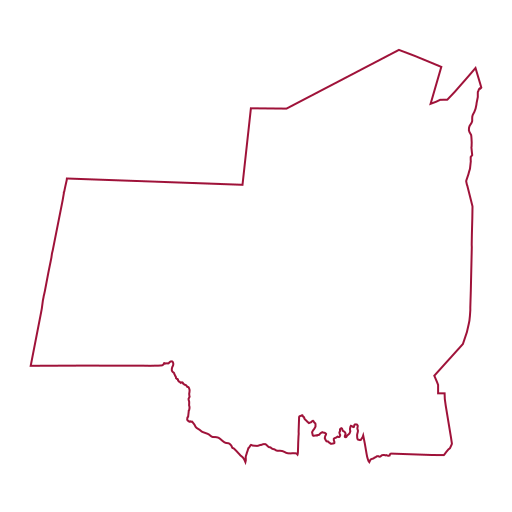 outline of Ganze, Coast, Kenya
{"feature_id": "3690345B60815732971252", "entity_name": "Ganze", "entity_type": "district", "adm_level": 2, "iso_a3": "KEN", "parent_name": "Kenya", "parent_adm1": "Coast", "projection": "equal_earth", "projection_center": [39.55, -3.436], "detail": "fine", "context": "isolated", "style": "outline", "palette": "rose", "viewbox_px": 512, "rotation_deg": 0, "n_neighbors": 0, "source": "geoboundaries", "source_scale": "gbopen_adm2", "svg_char_len": 6084}
<svg xmlns="http://www.w3.org/2000/svg" viewBox="0 0 512 512"><path d="M414.5,55.8L398.9,49.9L286.5,108.6L250.9,108.3L242.5,184.8L66.9,178.5L66.7,180.2L65.3,186.4L64.2,191.7L63.8,192.3L63.9,193.0L62.6,200.5L61.2,207.6L52.7,250.5L52.0,253.3L51.4,257.6L50.5,262.1L48.5,271.9L44.9,290.9L44.2,294.1L43.7,296.1L43.6,296.9L42.9,300.4L41.8,308.6L41.1,312.4L30.7,365.8L84.6,365.6L128.8,365.7L144.3,365.7L150.1,365.8L154.0,365.7L157.8,365.7L161.9,365.4L162.6,365.1L163.7,364.2L163.9,363.6L164.2,363.1L164.7,363.2L165.2,363.6L165.8,363.4L166.3,363.4L167.0,363.3L167.5,363.3L168.0,363.5L168.6,363.3L169.6,362.2L170.6,361.5L171.3,361.4L172.1,361.4L172.6,361.8L172.9,362.3L173.2,363.2L173.3,364.0L173.2,364.9L172.9,365.8L172.2,367.2L172.0,368.1L171.8,368.9L171.8,369.6L171.8,370.3L172.1,371.1L172.6,371.8L173.1,372.3L173.8,372.7L174.2,373.3L174.3,374.0L174.8,374.8L175.1,375.8L175.6,376.3L175.9,377.0L176.0,378.1L177.0,379.0L177.5,379.0L177.9,379.4L178.0,380.3L178.8,381.5L179.6,381.7L180.2,382.4L180.8,382.9L181.3,382.5L181.9,382.3L182.4,382.4L182.8,382.7L183.0,383.5L184.0,384.2L184.5,384.7L185.4,384.9L186.1,385.3L186.8,386.1L187.3,386.9L188.4,387.1L188.8,387.7L189.1,388.4L189.5,389.6L189.6,390.5L189.5,391.2L189.5,391.9L189.2,393.5L189.2,394.2L189.3,395.1L189.4,396.0L189.6,396.8L189.2,397.4L189.0,398.0L188.6,398.7L188.6,399.6L188.8,400.5L189.1,401.2L189.2,402.9L189.1,404.7L189.1,405.5L189.3,406.1L189.5,407.0L189.5,408.1L189.3,409.3L189.1,410.2L188.7,410.8L188.7,411.5L188.6,412.5L188.1,416.8L187.6,417.2L187.3,418.0L187.3,418.8L187.2,419.7L187.7,420.5L188.2,420.8L188.6,421.3L189.3,421.6L189.8,421.8L190.2,421.3L190.7,421.4L191.4,421.8L192.0,421.6L192.5,422.1L194.2,424.3L194.6,424.9L195.4,426.5L195.9,427.2L196.3,427.6L196.7,428.0L199.6,429.8L201.8,431.6L202.9,432.1L207.6,433.8L208.4,434.2L209.1,434.6L210.9,436.1L212.3,436.9L212.8,437.0L215.6,437.1L216.8,437.3L217.4,437.4L218.6,437.8L220.2,438.9L222.4,440.8L224.4,442.3L225.8,442.9L228.6,443.3L229.4,443.7L230.0,444.2L230.9,445.1L231.7,446.3L232.0,447.2L232.5,448.0L233.3,448.2L234.0,448.6L236.4,451.0L238.7,453.5L239.2,454.0L240.4,455.4L242.4,457.0L243.3,458.0L244.3,459.6L245.4,462.1L245.8,460.4L245.8,459.5L245.7,456.9L246.0,455.6L246.7,453.5L246.9,452.6L247.3,451.6L247.6,450.7L248.2,448.7L248.4,448.1L248.9,447.8L249.4,447.1L250.4,445.5L251.0,444.9L251.7,445.1L252.4,445.5L254.3,445.7L256.9,445.9L257.9,445.8L259.9,445.1L260.5,444.9L261.0,445.0L263.1,444.2L264.1,444.1L265.2,444.1L265.8,444.4L266.3,444.8L268.4,446.8L269.1,447.2L270.2,447.3L270.8,447.6L271.3,448.1L271.8,448.5L272.9,449.0L274.3,449.3L274.9,449.6L276.1,450.4L276.8,450.6L277.9,450.8L279.8,450.7L282.5,451.1L284.4,451.9L286.1,452.8L286.8,453.0L288.1,453.3L290.6,453.4L292.8,453.2L295.4,453.3L296.1,453.4L296.6,453.6L297.5,454.6L297.7,454.0L297.9,452.4L298.1,446.7L298.2,442.8L298.5,436.2L298.7,433.9L298.6,431.7L299.1,417.3L299.3,416.5L299.9,416.1L301.6,415.6L302.1,415.2L302.6,415.5L302.7,416.3L303.9,417.1L304.2,417.6L304.3,418.5L305.0,419.4L306.7,421.0L307.3,421.7L308.0,422.2L308.5,422.8L308.9,423.1L310.3,422.5L311.2,422.2L311.8,421.5L312.3,421.1L313.0,420.8L313.5,421.2L313.8,421.8L314.3,422.5L315.3,423.4L315.5,424.2L315.5,424.8L315.5,426.5L315.2,427.2L314.8,427.9L314.1,429.1L313.1,430.3L312.3,431.7L312.1,432.4L312.8,435.4L313.4,435.8L315.6,435.5L316.3,435.3L316.9,435.6L317.3,435.1L317.9,435.0L318.6,435.0L319.3,434.7L319.7,434.0L321.0,432.9L321.7,432.5L322.3,432.2L323.0,432.6L323.8,432.6L324.9,432.9L325.5,433.3L326.1,433.9L326.0,434.5L325.2,436.1L325.0,437.1L324.8,438.0L324.9,438.7L325.3,439.1L325.5,439.8L326.5,441.3L327.1,441.4L327.6,441.4L328.3,441.6L328.7,442.3L329.9,443.0L330.6,443.7L331.3,443.8L331.8,443.7L333.7,443.4L334.3,443.1L334.4,442.4L334.3,441.5L333.9,440.6L333.8,439.8L333.8,438.8L334.3,438.3L336.3,437.5L337.0,437.0L337.5,436.6L338.1,436.8L338.6,437.0L339.2,437.0L339.7,436.6L340.2,435.3L340.1,434.7L339.7,434.0L339.5,433.2L339.4,432.3L339.7,431.8L340.0,431.2L340.0,429.4L340.3,428.9L340.7,428.6L341.3,428.2L342.0,428.6L342.4,429.6L342.7,430.7L343.4,431.1L344.5,431.8L345.1,432.6L345.5,433.4L345.5,434.2L345.0,435.4L344.8,436.2L344.9,436.9L345.5,437.2L346.1,437.1L346.5,436.7L347.1,435.6L349.0,434.0L349.4,433.6L349.7,433.0L350.3,431.3L350.0,429.5L350.0,428.8L350.2,427.9L350.4,426.8L350.9,425.8L351.6,426.0L353.0,426.9L353.4,427.1L353.9,426.9L354.1,426.1L354.3,425.1L354.8,424.5L355.5,424.4L356.1,424.4L357.0,424.6L357.7,425.6L357.7,426.6L357.4,428.0L357.4,428.8L357.6,429.5L357.9,430.3L357.9,431.2L357.8,431.9L357.2,434.3L357.1,435.1L357.2,437.5L357.3,438.3L357.6,439.1L358.0,439.6L360.0,440.1L360.8,439.9L362.7,437.0L363.2,435.5L364.8,443.5L366.6,454.0L367.1,456.6L367.6,458.4L368.2,460.2L368.5,461.0L369.3,462.1L370.3,460.0L370.7,459.5L371.2,459.2L372.5,458.7L373.1,458.6L373.9,458.2L374.4,457.6L375.5,457.3L376.8,456.3L377.5,456.2L378.4,456.2L379.3,456.7L380.2,456.6L380.9,456.1L381.4,455.6L382.0,455.2L383.4,455.0L384.2,455.0L385.6,455.4L386.2,455.1L387.2,455.5L388.3,455.8L389.6,455.5L389.8,454.7L390.4,453.8L391.5,453.6L431.7,455.0L443.8,455.1L444.3,454.6L446.3,451.9L448.5,449.3L449.5,448.6L450.0,448.1L451.7,444.4L451.9,443.5L451.0,437.6L445.7,405.5L444.8,399.0L444.6,393.3L438.1,393.3L438.1,384.9L437.0,382.0L434.3,375.7L462.9,344.0L466.9,332.1L468.7,324.2L469.4,320.8L469.9,316.1L470.3,310.4L470.3,307.4L470.8,291.1L471.8,247.2L471.7,244.6L471.9,233.5L472.3,218.7L472.5,206.7L472.4,206.0L471.1,200.8L467.3,185.7L467.0,185.0L466.8,184.2L466.2,181.4L466.3,180.5L468.4,174.3L469.1,171.6L469.8,169.4L470.0,168.6L470.8,161.3L470.7,160.2L470.7,157.0L472.2,155.1L471.8,151.4L471.4,147.3L471.6,146.4L471.7,142.4L471.5,138.6L471.3,136.1L471.1,134.9L469.5,132.1L468.9,130.3L469.0,127.9L469.3,126.8L469.7,125.7L471.4,123.1L472.0,121.7L472.2,120.9L472.2,118.1L472.3,116.5L472.8,114.8L474.3,112.0L475.3,109.4L475.6,108.5L476.4,104.7L476.6,103.0L477.8,97.0L477.8,92.6L477.9,91.8L478.4,90.9L478.8,89.6L479.2,88.9L479.7,88.4L480.2,88.7L480.9,88.1L481.3,87.6L480.4,84.4L475.5,68.0L467.6,77.2L458.3,87.8L454.9,91.7L447.3,99.7L440.2,99.8L436.0,101.8L430.6,103.8L441.3,66.9L414.5,55.8Z" fill="none" stroke="#9f1239" stroke-width="2"/></svg>